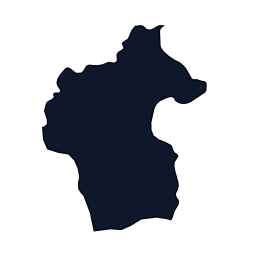 outline of Hakkari, rotated 259°
{"feature_id": "TUR-3047", "entity_name": "Hakkari", "entity_type": "Province", "adm_level": 1, "iso_a3": "TUR", "parent_name": "Turkey", "parent_adm1": "", "projection": "equal_earth", "projection_center": [44.217, 37.441], "detail": "fine", "context": "isolated", "style": "filled", "palette": "ink", "viewbox_px": 256, "rotation_deg": 259, "n_neighbors": 0, "source": "natural_earth", "source_scale": "10m", "svg_char_len": 1839}
<svg xmlns="http://www.w3.org/2000/svg" viewBox="0 0 256 256"><g transform="rotate(259 128 128)"><path d="M45.9,163.5L43.7,162.5L37.3,157.0L31.8,154.1L30.0,152.5L31.8,148.8L35.3,139.2L36.4,123.6L32.0,111.7L29.8,102.0L32.6,91.6L33.6,75.3L51.8,75.1L70.0,72.0L73.8,69.8L77.7,68.2L83.4,69.1L89.0,71.5L97.8,71.6L106.5,69.7L114.0,64.9L117.5,55.2L123.0,45.2L132.9,43.1L144.8,44.5L144.5,45.9L146.9,49.8L151.6,50.6L160.4,49.6L162.0,50.1L166.9,52.5L168.4,53.6L169.2,55.3L169.7,57.4L170.5,59.6L172.0,61.6L173.0,62.0L174.0,61.6L174.9,61.4L175.9,62.3L176.0,63.2L175.4,66.0L175.4,67.1L176.4,69.1L178.3,69.3L180.4,68.5L182.2,67.5L185.9,67.1L189.7,68.9L193.1,72.0L198.1,78.4L198.4,80.0L197.0,82.4L192.3,86.4L191.2,87.9L190.6,93.4L193.3,96.6L196.4,99.1L196.9,102.1L195.7,105.8L194.8,110.2L194.6,114.7L195.3,118.3L195.9,121.4L194.1,126.8L194.9,129.7L196.7,130.8L201.8,131.3L203.9,133.0L205.8,138.1L207.1,139.6L212.1,138.8L213.3,140.5L214.1,143.0L215.3,145.5L223.1,150.8L226.2,154.6L225.8,160.4L224.2,162.6L222.4,163.8L220.7,165.3L219.7,168.5L220.2,172.1L221.5,175.2L222.3,178.3L221.5,181.7L219.8,178.6L217.0,177.2L202.7,175.0L200.2,175.2L195.8,177.3L190.5,181.4L185.6,186.3L182.3,190.7L178.9,193.6L175.3,195.7L163.7,199.7L162.6,201.7L162.2,204.6L160.0,208.4L158.8,211.5L157.5,212.8L155.8,212.9L150.1,211.4L148.9,210.3L148.0,208.4L142.5,195.3L141.5,191.5L141.5,187.7L142.7,184.0L145.0,180.9L146.7,179.8L148.3,179.5L149.7,178.8L150.8,176.7L151.0,175.0L150.8,172.7L150.1,168.8L149.0,164.6L147.3,161.5L145.1,159.1L142.1,157.0L128.9,151.2L126.3,150.8L121.8,150.0L115.6,151.0L110.6,155.5L106.6,161.7L102.4,166.8L95.1,168.2L92.6,170.8L90.9,171.3L89.9,170.6L86.9,167.6L85.6,166.6L82.4,165.7L78.8,165.4L64.8,166.4L61.5,166.0L58.1,164.5L55.6,162.5L54.5,161.8L52.7,161.6L51.0,161.8L47.6,163.2L45.9,163.5Z" fill="#0f172a" stroke="#020617" stroke-width="1.5"/></g></svg>